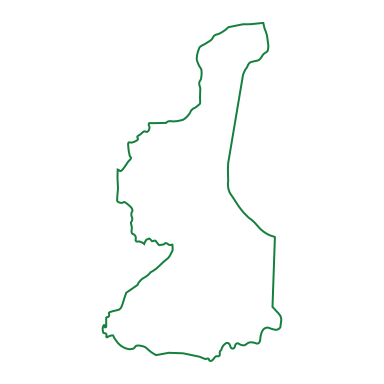 outline of Dolores Merendon, Ocotepeque, Honduras
{"feature_id": "27666195B64666731554953", "entity_name": "Dolores Merendon", "entity_type": "district", "adm_level": 2, "iso_a3": "HND", "parent_name": "Honduras", "parent_adm1": "Ocotepeque", "projection": "equal_earth", "projection_center": [-89.141, 14.565], "detail": "fine", "context": "isolated", "style": "outline", "palette": "green", "viewbox_px": 384, "rotation_deg": 0, "n_neighbors": 0, "source": "geoboundaries", "source_scale": "gbopen_adm2", "svg_char_len": 6038}
<svg xmlns="http://www.w3.org/2000/svg" viewBox="0 0 384 384"><path d="M205.5,359.1L207.0,358.6L208.4,358.6L208.7,358.9L209.1,360.0L209.5,360.6L210.2,360.9L211.0,361.0L211.9,360.5L212.9,359.7L213.7,358.8L214.7,357.4L215.6,356.6L216.7,356.2L217.2,356.2L218.3,356.3L219.1,356.0L219.6,355.4L219.8,354.6L219.8,353.9L219.7,352.6L219.9,351.6L220.3,350.9L221.0,350.3L221.3,349.9L221.9,348.0L222.5,346.9L223.2,345.7L224.2,344.6L225.2,343.8L226.2,343.1L226.9,343.0L227.7,343.0L228.3,343.2L228.9,343.6L229.4,344.1L229.8,344.8L230.1,345.6L230.5,346.8L230.9,347.6L231.6,348.3L232.1,348.5L232.6,348.6L233.5,348.4L234.3,347.8L234.8,346.8L235.2,345.3L235.6,344.4L236.3,343.7L237.2,343.3L237.8,343.3L238.3,343.4L239.9,344.4L241.1,344.9L242.2,345.2L243.2,345.3L244.1,345.3L245.1,345.0L245.9,344.5L247.1,343.6L248.0,343.0L249.0,342.6L250.0,342.3L251.0,342.3L252.6,342.4L254.4,342.8L256.6,343.5L257.2,343.6L257.7,343.5L258.4,343.2L259.0,342.8L259.4,342.2L259.8,341.5L260.2,340.1L260.4,337.7L260.6,336.1L261.0,334.5L261.4,333.1L262.1,331.4L262.7,330.4L263.5,329.3L264.3,328.6L265.1,328.2L265.9,327.8L266.7,327.7L267.7,327.6L268.7,327.8L270.8,328.6L273.1,329.3L274.9,329.7L276.2,329.8L277.2,329.6L278.4,329.1L279.4,328.4L280.3,327.4L281.3,319.9L281.1,318.1L280.4,315.9L278.6,313.5L272.5,306.9L274.9,237.1L273.9,236.6L270.9,235.7L268.5,234.7L265.7,233.1L263.2,231.4L261.3,229.8L259.9,228.5L256.0,224.1L254.1,222.1L251.4,219.7L248.6,217.6L243.4,212.4L239.1,206.9L232.8,197.3L231.1,194.8L230.3,193.6L229.4,191.8L228.7,189.8L228.2,187.7L228.0,185.6L227.9,183.4L228.2,181.1L227.9,169.4L228.2,163.0L243.0,75.0L243.9,72.5L245.4,69.5L247.0,67.3L248.2,64.6L248.7,63.9L249.3,63.1L250.2,62.5L251.0,62.0L257.3,60.6L258.2,60.3L259.2,59.7L260.0,59.0L260.6,58.3L261.7,56.8L262.9,54.8L263.5,54.2L264.2,53.5L266.8,51.8L267.2,51.4L267.7,50.7L268.0,49.8L268.4,46.0L267.0,35.5L265.8,31.6L264.5,28.3L263.3,23.0L260.2,23.2L250.9,24.2L242.8,24.3L228.4,27.2L227.0,28.5L225.3,30.0L221.8,32.3L219.4,33.6L218.2,34.1L216.1,34.6L214.6,35.4L214.0,35.9L213.5,36.5L212.1,38.9L211.6,39.5L211.0,40.1L209.1,41.4L205.7,43.5L204.2,44.4L201.6,45.7L200.2,46.7L199.7,47.3L199.2,48.1L198.5,50.1L197.9,51.7L197.5,53.4L197.1,55.1L196.9,56.8L196.7,58.4L196.9,60.1L197.6,62.4L198.5,64.4L199.2,66.0L201.0,68.7L201.4,69.7L201.5,70.9L201.6,72.4L201.6,74.2L201.2,78.0L201.0,78.9L200.7,79.7L199.8,81.1L199.5,81.7L199.3,82.5L199.2,83.2L199.3,84.7L199.5,85.5L200.1,87.3L200.3,88.9L200.0,97.6L200.2,102.1L200.1,103.1L199.9,103.8L198.6,105.0L196.7,106.6L195.2,107.6L193.1,108.7L192.0,109.6L190.9,110.9L190.0,112.8L189.3,113.9L187.8,115.8L186.4,117.3L184.8,118.6L183.7,119.4L182.9,119.8L180.7,120.4L177.2,121.1L175.0,121.3L173.1,121.4L170.2,121.1L169.2,121.2L168.3,121.4L167.6,121.7L166.8,122.2L166.0,122.9L156.7,123.1L149.2,123.1L148.8,123.7L148.7,124.5L148.8,125.3L149.3,126.2L149.4,126.8L149.5,127.4L149.4,128.2L149.2,129.2L148.8,130.1L148.5,130.7L148.0,131.3L147.3,131.7L146.7,131.9L146.0,131.8L144.8,131.3L144.4,131.3L143.8,131.5L142.9,132.1L140.4,134.4L138.4,135.6L137.8,136.0L137.4,136.5L137.3,137.1L137.4,137.6L137.9,138.4L137.9,138.7L137.9,139.2L137.5,139.9L136.6,140.6L134.3,141.8L132.5,142.4L131.1,142.6L129.2,142.3L128.7,142.5L128.4,142.8L128.2,143.5L128.1,144.3L128.3,146.9L128.6,150.0L129.6,155.4L130.0,156.4L130.8,157.3L130.9,157.6L131.0,158.1L130.8,158.7L130.3,159.5L129.1,160.6L128.1,161.8L124.2,167.5L122.9,169.2L121.6,170.6L120.8,171.0L120.1,171.0L119.7,170.8L118.7,170.0L117.7,169.6L117.6,172.3L117.5,178.3L118.0,188.0L117.9,189.6L117.3,196.3L117.2,199.2L117.1,200.4L117.2,200.8L117.5,201.4L117.9,201.8L119.1,202.4L120.4,202.8L121.4,202.9L122.2,202.8L122.9,202.6L123.8,202.1L124.2,202.0L124.5,202.1L125.0,202.3L125.8,202.8L127.1,203.8L130.0,206.2L131.2,207.5L131.9,208.6L132.4,209.9L132.4,210.7L132.3,211.4L131.7,212.3L131.5,213.0L131.3,213.7L131.3,214.5L131.5,215.9L132.2,217.9L132.3,219.3L132.1,220.4L131.8,221.0L131.2,222.0L130.9,223.0L131.1,224.0L131.6,225.9L131.8,227.4L131.8,228.8L131.5,230.8L131.6,231.9L131.8,232.9L132.2,233.6L132.8,234.0L133.7,234.3L134.3,234.7L134.9,235.4L135.4,236.2L135.7,236.8L135.8,237.6L135.8,238.6L135.6,239.9L135.6,240.4L135.9,240.9L136.2,241.3L137.0,241.6L137.5,241.6L139.0,241.4L139.7,241.6L140.4,241.8L142.9,242.9L143.6,243.5L144.2,244.0L144.6,242.8L145.1,241.7L146.4,239.7L146.7,239.5L147.8,239.2L148.7,238.7L149.3,238.6L150.0,239.0L151.7,240.9L152.0,241.2L153.2,241.1L154.4,240.6L155.0,240.6L155.5,240.8L155.8,241.1L158.6,244.7L159.2,245.1L159.8,245.1L160.9,244.8L163.2,244.6L164.3,244.1L164.9,243.3L165.7,243.1L166.4,243.2L167.2,243.6L167.8,243.9L168.5,244.6L169.3,244.9L170.2,245.0L172.4,244.7L172.7,249.3L172.4,250.8L169.9,255.7L168.0,258.2L165.1,260.5L162.1,263.2L159.1,266.1L156.3,268.6L153.2,270.8L150.4,272.4L149.9,273.2L147.7,275.3L145.3,277.0L142.9,278.4L141.5,279.5L140.1,280.9L138.7,282.5L138.2,283.5L137.7,284.6L137.3,285.1L126.3,292.7L124.4,298.0L122.6,303.9L121.9,305.7L121.2,307.4L120.1,308.8L119.2,309.5L118.3,309.9L113.1,311.1L110.2,312.0L109.4,312.4L109.1,312.6L108.9,313.0L108.9,313.4L109.1,314.4L109.2,315.1L109.1,315.6L108.9,316.2L108.5,316.7L108.0,317.0L106.7,317.2L106.4,317.4L106.2,317.9L106.2,325.9L106.2,326.6L106.1,326.9L105.9,327.2L105.5,327.4L105.2,327.4L105.0,327.2L104.7,326.9L104.6,326.6L104.7,325.8L104.7,325.4L104.4,325.1L104.2,325.1L103.9,325.1L103.8,325.3L103.6,325.8L103.1,326.4L102.9,326.9L102.7,328.3L102.7,329.7L102.9,331.3L103.2,332.4L103.5,332.9L103.9,333.1L104.3,333.2L104.8,333.2L105.3,333.3L105.8,333.5L106.1,333.9L106.4,334.4L106.5,335.0L106.5,335.6L106.3,336.3L106.3,336.7L106.4,337.0L106.8,337.3L107.4,337.2L108.8,336.3L110.6,335.7L112.4,335.3L112.9,335.4L113.4,336.0L114.3,338.0L115.3,339.5L117.5,342.5L119.4,344.5L121.1,345.9L123.1,347.1L125.3,348.2L127.4,348.8L128.7,349.1L130.0,349.2L131.0,349.1L132.2,348.9L133.3,348.6L133.9,348.2L134.6,347.6L135.4,346.4L136.2,345.8L137.0,345.6L137.9,345.5L139.8,345.6L143.0,346.3L144.2,346.7L145.1,347.1L146.2,347.9L149.4,350.7L151.2,352.1L153.9,353.9L156.1,355.1L168.9,352.8L183.1,353.3L199.4,356.7L205.5,359.1Z" fill="none" stroke="#15803d" stroke-width="2"/></svg>